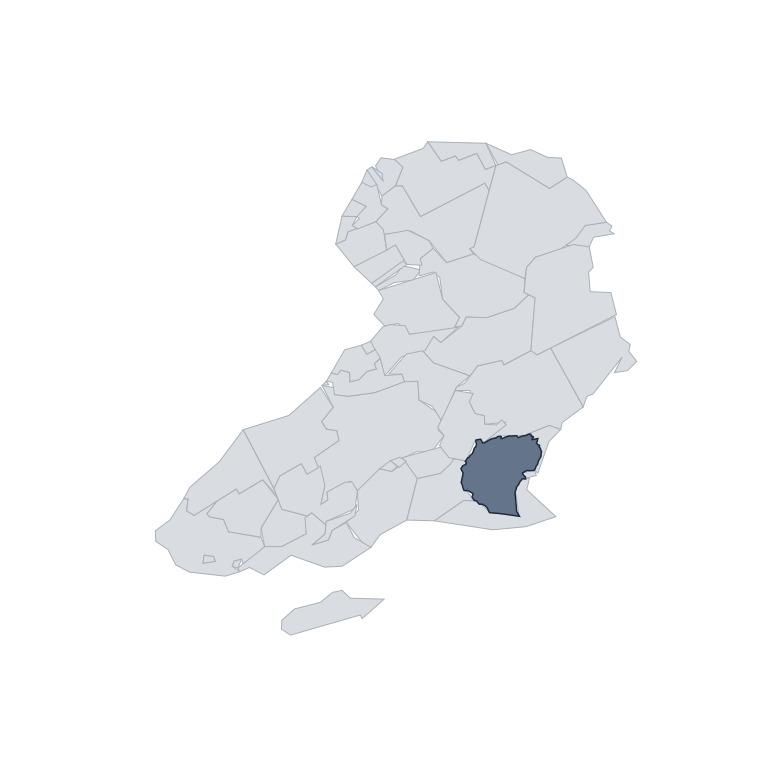 Ethiopia on a map of Africa (Equal Earth projection), rotated 61°
{"feature_id": "ETH", "entity_name": "Ethiopia", "entity_type": "country or territory", "adm_level": 0, "iso_a3": "ETH", "parent_name": "Africa", "parent_adm1": "", "projection": "equal_earth", "projection_center": [38.934, 9.154], "detail": "fine", "context": "in_parent", "style": "filled", "palette": "slate", "viewbox_px": 768, "rotation_deg": 61, "n_neighbors": 49, "source": "natural_earth", "source_scale": "50m", "svg_char_len": 13746}
<svg xmlns="http://www.w3.org/2000/svg" viewBox="0 0 768 768"><g transform="rotate(61 384 384)"><path d="M482.8,400.6L514.0,430.1L513.9,460.2L520.5,474.6L515.8,479.2L486.9,484.1L482.0,467.5L464.4,459.0L457.7,444.7L456.0,428.7L464.3,419.7L462.3,402.0L482.8,400.6Z" fill="#d9dde1" stroke="#a8b0b8" stroke-width="1"/><path d="M247.2,180.2L245.6,191.5L227.3,191.1L224.7,210.4L219.3,211.0L217.1,225.9L193.3,228.4L222.9,178.1L247.2,180.2Z" fill="#d9dde1" stroke="#a8b0b8" stroke-width="1"/><path d="M456.0,428.7L464.4,459.0L452.7,460.5L450.8,486.2L458.1,489.2L458.7,497.7L443.8,484.8L414.5,480.7L411.5,450.8L401.9,448.0L395.7,456.3L386.7,456.9L379.6,439.6L355.3,438.9L363.5,428.7L369.3,432.4L377.5,421.1L387.0,396.4L392.5,359.7L398.0,353.1L415.2,361.1L434.4,351.4L444.5,351.5L450.6,359.0L458.2,356.6L466.7,375.5L459.1,388.3L456.0,428.7Z" fill="#d9dde1" stroke="#a8b0b8" stroke-width="1"/><path d="M528.0,406.4L524.4,370.9L531.2,359.5L547.8,353.4L564.3,329.7L540.2,320.4L533.6,309.4L536.9,302.4L545.6,310.4L583.3,298.0L577.6,329.0L564.2,359.6L528.0,406.4Z" fill="#d9dde1" stroke="#a8b0b8" stroke-width="1"/><path d="M514.0,430.1L482.8,400.6L489.5,377.9L483.4,359.3L491.0,349.4L507.6,364.5L529.6,362.0L524.4,370.9L528.0,406.4L514.0,430.1Z" fill="#d9dde1" stroke="#a8b0b8" stroke-width="1"/><path d="M428.2,327.9L423.8,324.4L421.8,322.2L422.5,313.2L413.5,293.6L420.4,269.5L425.4,270.0L426.2,236.1L432.7,236.1L433.2,220.8L500.6,220.8L504.1,246.8L509.4,251.5L500.4,259.6L496.9,286.0L485.1,309.0L483.4,324.3L476.3,296.3L468.1,315.4L460.2,311.6L454.1,318.7L441.1,318.1L431.4,311.8L424.3,324.8L428.2,327.9Z" fill="#d9dde1" stroke="#a8b0b8" stroke-width="1"/><path d="M426.0,239.3L425.4,270.0L420.4,269.5L413.5,293.6L418.6,304.9L389.5,330.5L373.7,334.2L366.3,317.5L375.2,314.1L371.0,287.8L365.1,279.7L375.7,262.1L380.9,233.1L376.0,214.2L381.9,210.1L426.0,239.3Z" fill="#d9dde1" stroke="#a8b0b8" stroke-width="1"/><path d="M387.2,614.7L389.6,611.0L399.2,618.1L406.8,613.8L405.3,586.2L411.7,601.7L415.6,600.9L424.7,590.0L437.9,591.6L458.4,565.9L468.4,567.2L472.9,583.2L472.6,594.3L468.2,593.5L466.3,601.0L469.8,605.1L478.3,601.0L475.1,616.0L454.2,645.4L441.3,653.8L424.0,653.2L411.0,659.9L401.5,655.2L399.2,637.3L387.2,614.7ZM457.3,617.5L452.3,616.7L446.6,624.2L452.9,629.2L457.3,617.5Z" fill="#d9dde1" stroke="#a8b0b8" stroke-width="1"/><path d="M457.3,617.5L452.9,629.2L446.6,624.2L452.3,616.7L457.3,617.5Z" fill="#d9dde1" stroke="#a8b0b8" stroke-width="1"/><path d="M468.4,567.2L450.3,561.3L433.8,532.5L444.0,534.1L462.3,515.2L477.3,524.6L476.6,552.3L468.4,567.2Z" fill="#d9dde1" stroke="#a8b0b8" stroke-width="1"/><path d="M458.4,565.9L437.9,591.6L424.7,590.0L415.6,600.9L411.7,601.7L405.3,586.2L404.2,564.1L409.8,563.8L408.9,536.5L433.8,532.5L450.3,561.3L458.4,565.9Z" fill="#d9dde1" stroke="#a8b0b8" stroke-width="1"/><path d="M404.2,564.1L406.8,613.8L399.2,618.1L389.6,611.0L387.2,614.7L380.1,603.6L372.3,566.1L355.7,529.2L432.6,531.3L408.9,536.5L409.8,563.8L404.2,564.1Z" fill="#d9dde1" stroke="#a8b0b8" stroke-width="1"/><path d="M189.2,285.7L184.7,276.9L194.7,263.5L203.7,262.4L216.2,277.8L218.7,294.7L188.7,295.2L188.2,289.2L205.8,286.4L189.2,285.7Z" fill="#d9dde1" stroke="#a8b0b8" stroke-width="1"/><path d="M218.7,294.7L216.2,277.8L219.6,271.8L255.2,270.9L257.2,198.4L265.8,198.3L307.6,238.5L307.3,243.4L313.7,242.6L308.3,270.4L280.7,275.0L262.9,286.7L253.4,311.0L238.0,312.3L232.6,295.8L226.3,299.4L218.7,294.7Z" fill="#d9dde1" stroke="#a8b0b8" stroke-width="1"/><path d="M193.3,228.4L217.1,225.9L219.3,211.0L224.7,210.4L227.3,191.1L245.6,191.5L247.2,180.2L265.8,198.3L257.2,198.4L255.2,270.9L219.6,271.8L216.2,277.8L203.7,262.4L192.4,265.9L196.9,235.4L193.3,228.4Z" fill="#d9dde1" stroke="#a8b0b8" stroke-width="1"/><path d="M299.6,343.4L294.8,344.4L294.3,320.8L289.5,310.2L302.3,296.4L307.3,308.2L300.3,325.7L299.6,343.4Z" fill="#d9dde1" stroke="#a8b0b8" stroke-width="1"/><path d="M376.0,214.2L380.9,233.1L375.7,262.1L365.1,279.7L371.0,287.8L368.3,294.4L362.3,285.7L338.4,291.7L318.0,283.6L310.1,286.2L306.5,300.9L291.9,291.5L289.1,275.3L308.3,270.4L313.7,242.6L360.1,209.6L371.8,217.1L376.0,214.2Z" fill="#d9dde1" stroke="#a8b0b8" stroke-width="1"/><path d="M299.6,343.4L311.7,284.5L338.4,291.7L362.3,285.7L370.5,297.6L352.9,337.7L338.1,342.0L333.5,355.2L318.2,359.2L309.2,343.3L299.6,343.4Z" fill="#d9dde1" stroke="#a8b0b8" stroke-width="1"/><path d="M370.3,291.5L375.2,314.1L366.3,317.5L374.7,332.1L368.7,355.5L377.1,379.3L340.1,374.9L333.4,357.4L335.1,349.6L343.4,337.3L352.9,337.7L370.3,291.5Z" fill="#d9dde1" stroke="#a8b0b8" stroke-width="1"/><path d="M290.5,306.1L294.8,344.4L290.0,346.0L284.8,308.4L290.5,306.1Z" fill="#d9dde1" stroke="#a8b0b8" stroke-width="1"/><path d="M285.4,305.9L290.0,346.0L266.8,353.4L268.0,306.4L285.4,305.9Z" fill="#d9dde1" stroke="#a8b0b8" stroke-width="1"/><path d="M238.0,312.3L248.8,309.8L268.2,316.7L266.8,353.4L238.2,358.4L239.3,347.8L233.4,341.8L238.0,312.3Z" fill="#d9dde1" stroke="#a8b0b8" stroke-width="1"/><path d="M206.1,293.6L226.3,299.4L232.6,295.8L238.0,312.3L235.6,332.2L230.1,335.1L227.3,325.4L222.8,326.9L219.9,313.6L207.0,322.6L196.9,305.7L206.1,293.6Z" fill="#d9dde1" stroke="#a8b0b8" stroke-width="1"/><path d="M188.7,295.2L206.1,293.6L205.4,299.7L196.9,305.7L188.7,295.2Z" fill="#d9dde1" stroke="#a8b0b8" stroke-width="1"/><path d="M234.7,332.2L233.4,341.8L239.3,347.8L238.2,358.4L216.8,339.3L224.5,326.5L230.1,335.1L234.7,332.2Z" fill="#d9dde1" stroke="#a8b0b8" stroke-width="1"/><path d="M207.0,322.6L219.9,313.6L224.5,326.5L216.8,339.3L207.0,322.6Z" fill="#d9dde1" stroke="#a8b0b8" stroke-width="1"/><path d="M253.4,311.0L261.2,288.6L280.7,275.0L289.1,275.3L291.9,291.5L298.5,293.3L290.5,306.1L268.0,306.4L268.2,316.7L253.4,311.0Z" fill="#d9dde1" stroke="#a8b0b8" stroke-width="1"/><path d="M444.5,351.5L427.1,352.5L415.2,361.1L398.0,353.1L391.9,365.2L384.2,363.5L377.5,375.0L368.6,349.8L373.7,334.2L389.5,330.5L418.6,304.9L421.8,322.2L444.5,351.5Z" fill="#d9dde1" stroke="#a8b0b8" stroke-width="1"/><path d="M391.9,365.2L387.0,396.4L377.5,421.1L369.3,432.4L357.7,428.2L353.6,433.0L348.7,424.6L353.1,420.2L350.9,415.0L357.3,408.5L365.6,412.6L368.1,403.6L364.7,392.7L367.2,383.5L361.4,382.6L360.2,375.0L377.1,379.3L384.2,363.5L391.9,365.2Z" fill="#d9dde1" stroke="#a8b0b8" stroke-width="1"/><path d="M349.6,375.1L359.5,374.6L361.4,382.6L367.2,383.5L364.7,392.7L368.1,403.6L365.6,412.6L357.3,408.5L350.9,415.0L353.1,420.2L348.7,424.6L335.0,401.8L339.1,385.0L349.6,384.6L349.6,375.1Z" fill="#d9dde1" stroke="#a8b0b8" stroke-width="1"/><path d="M340.1,374.9L349.6,375.1L349.6,384.6L339.1,385.0L340.1,374.9Z" fill="#d9dde1" stroke="#a8b0b8" stroke-width="1"/><path d="M464.4,459.0L479.0,469.6L476.1,501.2L479.2,503.3L461.7,509.7L462.3,515.2L444.0,534.1L421.9,530.9L413.9,519.7L413.5,494.9L425.6,495.0L424.7,479.4L443.8,484.8L458.7,497.7L458.1,489.2L450.8,486.2L451.0,465.6L454.2,459.6L464.4,459.0Z" fill="#d9dde1" stroke="#a8b0b8" stroke-width="1"/><path d="M476.3,466.1L485.2,473.4L487.0,500.2L493.6,508.2L489.9,525.3L486.5,508.3L476.1,501.2L480.6,476.3L476.3,466.1Z" fill="#d9dde1" stroke="#a8b0b8" stroke-width="1"/><path d="M486.9,484.1L503.9,484.5L520.5,474.6L523.1,508.9L515.4,524.7L488.7,548.3L492.8,581.4L479.2,590.7L478.3,601.0L474.1,601.0L468.4,567.2L476.6,552.3L477.3,524.6L462.7,518.1L461.7,509.7L479.2,503.3L486.5,508.3L489.9,525.3L493.6,508.2L487.0,500.2L486.9,484.1Z" fill="#d9dde1" stroke="#a8b0b8" stroke-width="1"/><path d="M474.1,601.0L469.8,605.1L466.3,601.0L468.2,593.5L474.1,601.0Z" fill="#d9dde1" stroke="#a8b0b8" stroke-width="1"/><path d="M353.6,433.0L357.8,432.6L355.3,438.9L353.6,433.0ZM356.2,441.4L379.6,439.6L386.7,456.9L395.7,456.3L401.9,448.0L411.5,450.8L414.5,480.7L425.4,481.9L425.6,495.0L413.5,494.9L413.9,519.7L421.9,530.9L355.7,529.2L365.4,482.3L356.2,441.4Z" fill="#d9dde1" stroke="#a8b0b8" stroke-width="1"/><path d="M462.6,412.2L464.3,419.7L456.0,428.7L454.1,415.5L462.6,412.2Z" fill="#d9dde1" stroke="#a8b0b8" stroke-width="1"/><path d="M572.2,488.2L578.6,516.8L574.5,516.8L558.3,587.5L548.7,592.5L541.1,587.9L537.4,571.2L544.1,545.6L541.3,530.0L544.2,520.7L555.0,517.3L572.2,488.2Z" fill="#d9dde1" stroke="#a8b0b8" stroke-width="1"/><path d="M188.2,289.2L198.9,283.5L205.8,286.4L188.2,289.2Z" fill="#d9dde1" stroke="#a8b0b8" stroke-width="1"/><path d="M350.4,158.6L342.9,131.2L350.3,111.0L356.4,108.1L359.4,112.5L364.2,109.9L357.2,129.5L363.5,138.1L350.4,158.6Z" fill="#d9dde1" stroke="#a8b0b8" stroke-width="1"/><path d="M247.2,180.2L248.9,169.4L293.2,144.4L291.8,123.5L297.6,119.6L312.9,113.4L350.3,111.0L342.9,131.2L349.5,145.5L351.6,165.1L346.6,189.9L351.1,202.8L360.1,209.6L322.1,239.2L307.3,243.4L307.6,238.5L247.2,180.2Z" fill="#d9dde1" stroke="#a8b0b8" stroke-width="1"/><path d="M497.9,279.3L500.4,259.6L509.4,251.5L514.3,267.6L536.5,292.7L532.3,294.0L518.7,278.5L497.9,279.3Z" fill="#d9dde1" stroke="#a8b0b8" stroke-width="1"/><path d="M222.9,178.1L245.3,161.4L250.0,142.2L265.0,131.1L272.4,119.3L291.8,123.5L293.2,144.4L248.9,169.4L247.6,178.1L222.9,178.1Z" fill="#d9dde1" stroke="#a8b0b8" stroke-width="1"/><path d="M500.6,220.8L433.2,220.8L437.1,149.4L457.4,154.5L468.9,149.5L474.2,154.1L486.8,152.0L490.3,164.6L485.8,177.0L475.9,162.7L494.1,206.2L493.1,212.4L500.6,220.8Z" fill="#d9dde1" stroke="#a8b0b8" stroke-width="1"/><path d="M435.9,147.0L432.7,236.1L426.0,239.3L381.9,210.1L371.8,217.1L351.1,202.8L346.6,189.9L353.8,150.8L363.5,138.1L383.3,144.4L385.3,150.8L403.2,158.9L414.1,141.2L435.9,147.0Z" fill="#d9dde1" stroke="#a8b0b8" stroke-width="1"/><path d="M532.3,294.0L537.9,295.2L534.8,306.6L528.9,305.7L532.3,294.0Z" fill="#d9dde1" stroke="#a8b0b8" stroke-width="1"/><path d="M482.8,400.6L457.3,403.7L467.2,363.0L483.4,359.3L486.2,364.8L489.5,377.9L482.8,400.6Z" fill="#d9dde1" stroke="#a8b0b8" stroke-width="1"/><path d="M462.3,402.0L464.3,411.2L454.1,415.5L455.6,405.9L462.3,402.0Z" fill="#d9dde1" stroke="#a8b0b8" stroke-width="1"/><path d="M464.7,365.2L458.2,356.6L448.0,358.1L424.3,324.8L435.6,310.7L441.1,318.1L454.1,318.7L460.2,311.6L468.1,315.4L474.3,305.4L472.4,298.4L479.0,296.8L483.4,324.3L477.3,331.4L491.0,349.4L479.8,363.0L464.7,365.2Z" fill="#d9dde1" stroke="#a8b0b8" stroke-width="1"/><path d="M490.9,349.5L490.8,349.4L490.3,348.8L489.8,348.1L489.5,347.3L489.2,346.6L489.1,345.1L488.7,344.2L488.3,343.1L487.8,341.0L487.6,340.3L487.2,339.8L486.7,339.3L486.3,338.4L485.1,337.6L484.6,336.9L483.8,335.8L483.6,335.2L483.6,334.7L483.3,334.1L482.9,333.6L481.5,332.3L481.1,332.1L480.6,332.0L479.9,331.9L478.9,331.6L478.1,331.1L477.7,330.7L477.7,330.1L478.0,329.4L478.6,327.7L479.0,326.6L479.3,326.2L480.0,326.2L480.8,326.2L481.4,326.3L482.2,326.3L483.2,326.2L483.6,325.8L483.9,325.4L484.1,325.1L484.1,324.4L484.1,323.8L484.1,321.5L484.0,320.1L484.0,318.5L484.0,318.2L484.0,317.8L484.2,316.1L484.5,315.1L484.6,314.6L485.3,312.9L485.4,312.4L485.4,311.9L485.2,309.8L485.6,308.7L486.1,307.7L486.6,307.3L486.9,307.0L487.1,307.1L487.5,307.6L488.1,308.1L488.4,308.0L488.7,307.6L489.0,307.1L489.0,306.4L489.3,304.8L489.2,303.9L489.5,302.8L489.8,301.2L489.9,300.2L490.1,299.7L490.9,298.6L491.7,297.0L492.1,295.9L493.0,294.0L493.4,293.3L493.8,293.0L494.3,292.9L495.3,292.7L495.9,292.5L496.1,292.3L496.1,291.9L496.1,291.1L496.3,289.7L496.6,288.3L496.9,287.2L497.1,286.7L497.4,286.3L497.6,285.5L498.0,283.8L497.9,282.7L498.4,280.6L498.5,280.6L499.3,280.2L500.1,280.1L500.8,280.4L501.3,280.4L501.5,280.3L501.8,280.0L501.9,279.4L502.3,279.1L502.7,279.0L503.2,279.7L504.1,281.4L504.3,281.4L504.5,281.4L504.9,280.1L505.3,279.0L505.9,277.0L506.3,275.9L506.7,276.3L507.0,276.8L507.4,277.1L507.8,277.3L508.0,277.3L508.3,277.5L509.2,278.9L509.5,279.2L509.9,279.3L511.7,278.8L512.7,278.0L512.9,277.7L513.2,277.7L513.6,278.0L513.7,278.4L513.9,278.8L514.3,278.9L515.4,278.6L515.9,278.4L516.3,278.5L516.8,278.7L517.2,278.7L518.0,279.1L518.9,279.0L519.4,279.0L519.9,279.2L520.6,279.9L521.6,280.8L523.0,281.4L523.3,281.7L524.0,282.7L525.1,284.6L526.5,286.5L528.0,287.9L528.8,288.9L529.4,290.2L529.9,291.3L530.5,291.8L531.0,292.2L531.5,293.0L531.9,293.8L532.4,294.6L531.9,295.7L531.1,297.2L530.2,298.9L530.0,299.3L529.2,300.4L529.1,300.7L528.9,301.4L528.9,302.8L529.0,304.6L529.1,306.2L529.5,306.4L530.0,306.5L530.6,306.3L531.3,306.1L532.1,306.0L533.0,305.7L533.5,305.4L534.1,305.5L534.6,305.7L534.9,306.0L535.2,306.1L535.7,306.1L535.6,306.4L535.3,306.8L535.0,307.3L534.7,307.7L534.1,309.0L534.2,309.5L534.5,310.1L534.9,311.0L535.1,311.9L535.2,312.3L535.6,312.8L536.2,313.8L536.6,314.5L537.2,314.9L537.4,315.7L537.9,317.0L538.5,318.0L539.0,318.8L539.6,319.1L539.8,319.1L541.0,320.6L541.9,321.7L542.2,321.9L543.8,322.6L545.7,323.5L547.3,324.2L549.2,325.0L551.2,325.9L553.0,326.7L555.5,327.8L557.6,328.8L559.2,329.5L559.5,329.7L561.4,329.7L563.4,329.7L565.4,329.7L564.0,331.6L562.3,333.7L560.6,335.9L559.5,337.4L557.8,339.7L556.3,341.6L554.9,343.6L553.5,345.5L551.7,348.1L550.6,349.8L548.8,352.4L547.7,354.1L545.9,354.1L544.3,353.9L542.3,353.8L542.1,353.8L541.5,353.9L541.2,354.1L539.7,354.5L538.3,355.4L537.0,356.2L536.4,356.9L535.9,357.8L535.7,358.5L535.1,359.0L532.5,359.6L531.8,359.7L530.6,360.2L529.9,361.1L529.7,361.5L528.9,361.5L527.4,361.6L526.7,361.7L526.4,361.8L525.8,361.8L525.4,361.6L525.1,361.4L524.7,360.9L523.8,359.8L523.2,359.2L521.8,359.9L520.5,360.7L518.7,361.7L517.7,362.5L517.4,363.3L516.6,364.7L515.9,365.5L515.7,365.6L514.1,365.4L513.5,365.3L512.6,365.1L511.3,364.8L510.5,364.5L509.6,364.4L508.2,364.3L507.4,364.1L506.6,363.3L505.5,362.4L504.4,361.4L503.3,360.4L501.9,359.3L500.5,358.1L500.1,357.9L498.4,357.9L496.7,357.8L495.6,357.8L495.3,357.6L495.0,357.3L494.7,356.4L494.2,355.8L493.8,354.9L493.7,353.8L493.9,352.6L494.0,352.2L493.9,351.8L493.9,351.2L493.7,350.7L492.0,350.1L491.8,350.1L491.5,350.3L491.2,350.5L491.0,350.4L490.8,350.1L490.8,349.8L490.9,349.5Z" fill="#64748b" stroke="#1e293b" stroke-width="1.5"/></g></svg>